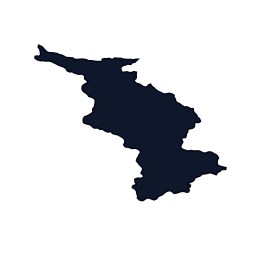 São Pedro do Suaçuí, Minas Gerais, Brazil, rotated 99°
{"feature_id": "56859067B41560098382432", "entity_name": "São Pedro do Suaçuí", "entity_type": "district", "adm_level": 2, "iso_a3": "BRA", "parent_name": "Brazil", "parent_adm1": "Minas Gerais", "projection": "equal_earth", "projection_center": [-42.603, -18.366], "detail": "fine", "context": "isolated", "style": "filled", "palette": "ink", "viewbox_px": 256, "rotation_deg": 99, "n_neighbors": 0, "source": "geoboundaries", "source_scale": "gbopen_adm2", "svg_char_len": 3463}
<svg xmlns="http://www.w3.org/2000/svg" viewBox="0 0 256 256"><g transform="rotate(99 128 128)"><path d="M110.6,164.4L112.8,164.6L114.6,165.8L116.5,165.4L118.1,164.9L119.3,166.5L120.8,168.1L122.3,169.9L123.7,172.6L125.8,173.5L127.8,173.4L129.6,172.8L130.4,169.9L130.5,167.4L131.1,164.9L132.4,163.3L133.3,161.4L132.7,158.0L133.6,155.4L133.2,152.7L134.6,150.0L135.1,147.3L134.2,144.2L135.8,142.4L136.1,140.1L136.4,136.6L137.7,133.3L138.7,130.9L140.5,129.2L143.1,128.9L145.3,129.6L147.1,127.7L146.9,124.5L147.6,120.8L146.8,117.9L147.2,115.1L148.4,112.6L150.5,111.7L152.0,112.6L154.4,113.3L156.9,114.3L159.1,114.5L160.7,112.8L162.8,110.5L164.4,108.2L166.2,106.9L168.6,107.5L170.5,108.1L171.7,106.1L174.1,104.7L175.2,106.2L175.9,108.2L176.0,110.7L177.5,113.3L180.1,112.7L181.9,111.1L183.4,112.0L184.0,114.0L186.2,114.4L187.1,111.7L188.7,109.9L191.7,108.9L193.7,107.7L195.7,107.8L197.4,105.3L197.5,102.2L196.0,100.3L194.5,99.1L193.8,96.4L194.4,93.6L194.9,91.0L193.2,88.4L191.3,87.8L189.8,85.7L188.2,83.2L186.4,82.0L184.4,79.7L183.2,76.7L184.0,74.2L185.4,72.3L184.6,69.9L183.6,67.8L182.4,65.6L181.8,62.6L182.3,60.5L181.7,58.2L179.8,57.7L178.5,59.1L176.7,57.6L174.8,57.3L174.0,60.3L172.2,58.5L170.6,55.8L168.7,54.4L166.8,54.2L165.5,51.8L164.2,49.4L162.0,47.6L161.2,44.9L160.4,42.4L159.2,40.1L159.6,37.2L160.3,33.6L157.6,32.4L156.4,30.4L154.5,29.3L154.0,27.2L153.6,25.0L151.9,25.0L151.5,29.7L151.0,33.1L149.2,34.4L147.2,34.7L145.3,34.7L143.7,33.9L141.8,35.1L140.6,36.8L139.9,39.3L138.8,41.9L139.0,44.6L140.5,47.2L140.9,49.5L140.2,51.8L139.6,54.1L139.8,56.5L140.4,58.9L140.4,62.2L141.4,65.3L141.0,68.1L140.5,70.9L138.9,73.1L137.2,72.9L135.3,72.5L133.5,71.7L132.0,72.4L130.8,73.7L128.9,72.4L128.4,69.7L126.3,69.3L124.5,69.4L122.4,68.5L119.8,68.6L118.9,66.2L117.8,63.8L116.3,62.6L114.5,62.8L112.6,63.2L111.7,61.0L111.5,58.9L110.1,57.4L107.7,58.8L106.3,61.3L104.5,62.1L103.2,64.0L101.9,65.6L100.2,66.2L98.7,66.7L99.1,69.2L98.3,71.3L97.9,73.4L98.5,75.6L97.6,77.9L96.0,80.7L95.0,83.9L93.7,85.3L92.2,85.7L90.3,87.4L88.4,87.6L87.5,90.1L87.3,92.7L88.1,95.1L88.9,97.5L88.2,100.1L87.4,102.8L86.5,105.4L85.4,107.1L84.0,109.1L82.7,111.5L81.2,112.5L82.3,114.5L84.2,115.4L85.0,117.6L84.2,120.6L82.9,123.2L82.5,126.8L81.1,128.8L79.5,129.5L78.2,128.1L76.7,127.7L75.0,128.1L73.3,128.4L71.6,128.4L71.5,131.3L72.8,133.2L73.0,135.5L72.7,137.5L73.2,139.7L74.1,142.2L72.1,143.9L69.4,144.7L67.2,142.9L66.1,140.3L64.9,138.3L64.8,135.2L62.8,133.9L62.0,131.6L60.5,130.4L58.5,128.8L58.9,131.0L59.7,132.9L59.9,135.3L60.1,137.5L60.5,139.8L60.7,143.1L60.3,146.0L60.8,148.9L60.9,151.9L62.9,154.3L62.2,157.4L63.0,160.3L63.3,162.6L64.2,164.3L66.3,163.6L66.8,166.8L67.2,168.8L67.3,171.7L67.3,174.9L67.8,177.1L67.0,180.1L67.1,184.1L68.0,187.6L68.6,191.2L67.5,193.5L67.8,197.6L68.0,200.5L67.0,202.8L66.3,205.3L66.4,207.4L65.6,209.6L65.5,212.8L65.7,215.7L66.0,217.8L65.5,220.0L64.1,222.0L62.8,223.7L61.6,225.0L60.8,226.9L60.2,229.2L62.4,229.3L63.8,227.6L66.3,226.5L69.1,225.8L71.2,226.8L71.1,229.1L71.8,231.0L73.7,230.7L74.9,228.0L75.2,224.7L74.7,222.4L74.7,219.6L74.2,217.2L74.2,214.5L74.8,212.6L75.7,209.4L76.7,206.5L77.3,203.9L77.8,200.9L79.0,198.5L80.9,197.2L81.7,194.6L81.1,192.0L81.9,190.1L82.3,187.8L82.6,185.1L81.9,182.1L82.8,179.3L84.6,178.7L86.2,178.5L87.4,176.3L88.5,174.6L90.6,176.3L92.2,178.5L93.6,179.5L95.4,179.7L97.2,179.3L98.9,177.7L100.1,175.2L101.1,173.2L102.9,171.7L103.3,168.1L104.4,165.7L106.1,164.5L108.6,164.4L110.6,164.4Z" fill="#0f172a" stroke="#020617" stroke-width="1.5"/></g></svg>